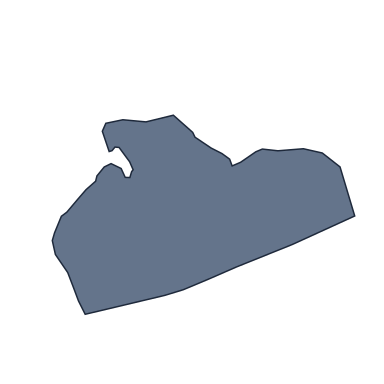 outline of Banibangou, Tillabéri, Niger, rotated 163°
{"feature_id": "23599985B31350615327928", "entity_name": "Banibangou", "entity_type": "district", "adm_level": 2, "iso_a3": "NER", "parent_name": "Niger", "parent_adm1": "Tillabéri", "projection": "natural_earth1", "projection_center": [2.571, 15.036], "detail": "fine", "context": "isolated", "style": "filled", "palette": "slate", "viewbox_px": 384, "rotation_deg": 163, "n_neighbors": 0, "source": "geoboundaries", "source_scale": "gbopen_adm2", "svg_char_len": 766}
<svg xmlns="http://www.w3.org/2000/svg" viewBox="0 0 384 384"><g transform="rotate(163 192 192)"><path d="M278.2,235.2L281.0,230.5L292.5,225.3L302.7,218.9L317.6,209.3L324.0,207.0L335.4,193.1L339.8,186.4L340.9,172.2L334.4,151.3L333.2,134.2L332.4,121.0L329.9,106.3L248.3,101.1L228.9,101.1L201.1,103.9L171.6,107.3L111.3,112.5L43.4,121.5L43.1,172.7L56.0,191.2L72.8,200.8L97.8,206.3L112.2,212.5L119.2,211.8L136.9,206.2L146.0,205.2L146.4,212.4L152.1,220.0L160.8,228.4L173.1,243.5L173.9,248.8L187.4,270.9L215.5,272.5L237.0,281.3L254.3,282.9L260.0,276.3L259.4,254.9L256.4,254.9L252.5,257.5L248.7,255.9L242.8,239.1L241.8,230.5L243.8,229.1L247.2,224.0L251.6,225.5L252.9,235.2L261.1,242.8L268.6,241.6L278.2,235.2Z" fill="#64748b" stroke="#1e293b" stroke-width="1.5"/></g></svg>